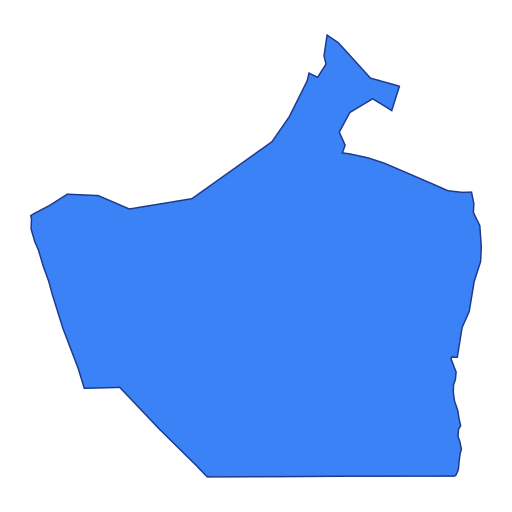 outline of As Salam / Ar Rawat, White Nile, Sudan
{"feature_id": "16777658B2941917788931", "entity_name": "As Salam / Ar Rawat", "entity_type": "district", "adm_level": 2, "iso_a3": "SDN", "parent_name": "Sudan", "parent_adm1": "White Nile", "projection": "albers", "projection_center": [32.362, 12.482], "detail": "fine", "context": "isolated", "style": "filled", "palette": "blue", "viewbox_px": 512, "rotation_deg": 0, "n_neighbors": 0, "source": "geoboundaries", "source_scale": "gbopen_adm2", "svg_char_len": 1649}
<svg xmlns="http://www.w3.org/2000/svg" viewBox="0 0 512 512"><path d="M207.3,476.9L245.5,476.8L251.3,476.7L255.4,476.7L256.5,476.7L257.6,476.7L258.0,476.7L258.4,476.7L258.7,476.7L258.9,476.7L259.2,476.7L259.5,476.7L259.8,476.7L260.1,476.7L260.4,476.7L260.8,476.7L261.2,476.7L287.3,476.6L347.0,476.2L454.4,476.1L455.9,475.1L458.0,470.6L458.6,467.3L459.1,461.2L460.3,452.8L461.4,449.4L460.8,446.3L460.1,442.8L459.3,439.8L458.0,436.7L458.5,429.3L460.6,425.9L460.6,425.3L459.1,419.1L457.7,410.3L454.5,401.0L453.3,392.2L453.5,385.0L455.4,379.5L456.1,372.0L453.8,366.2L452.1,361.3L451.3,360.1L451.3,358.3L451.2,357.9L451.7,357.4L452.0,357.2L452.5,356.7L452.7,357.2L457.3,357.3L457.3,357.1L462.1,327.5L469.2,311.5L474.2,281.4L479.3,265.6L480.6,261.6L481.3,246.9L479.8,225.7L473.4,212.5L473.8,203.4L471.5,192.1L462.2,192.4L447.8,190.7L435.2,185.1L384.3,163.2L368.1,157.9L349.8,153.9L342.4,152.9L345.1,145.2L339.3,132.1L349.8,112.5L372.6,98.8L389.0,108.8L391.7,110.6L399.4,86.3L397.6,85.7L370.4,78.1L351.3,57.0L338.4,42.8L327.1,35.1L324.0,55.9L326.0,64.1L317.6,77.3L309.0,73.1L307.2,80.8L289.3,116.7L272.0,141.7L191.9,198.7L185.1,199.8L129.3,209.0L98.3,195.6L67.3,194.2L49.3,205.6L34.2,213.5L30.7,215.7L31.5,218.7L31.2,226.3L31.1,229.0L34.8,241.7L38.6,250.4L38.7,250.9L43.4,266.7L48.6,280.9L52.4,294.7L62.8,328.0L75.8,362.2L78.1,368.2L84.3,388.3L84.8,388.3L119.7,387.4L119.9,387.5L158.4,428.1L191.4,460.7L194.6,463.8L195.0,464.2L195.3,464.4L195.3,464.5L196.2,465.4L196.5,465.7L197.6,466.9L197.8,467.1L198.2,467.5L198.7,468.0L199.2,468.6L203.0,472.5L203.3,472.8L203.6,473.1L205.7,475.3L207.3,476.9Z" fill="#3b82f6" stroke="#1e3a8a" stroke-width="1.5"/></svg>